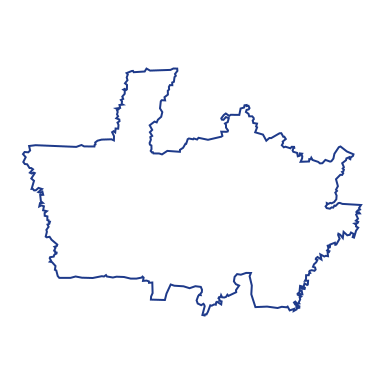 Kota Depok, Jawa Barat, Indonesia
{"feature_id": "22746128B73481124779947", "entity_name": "Kota Depok", "entity_type": "district", "adm_level": 2, "iso_a3": "IDN", "parent_name": "Indonesia", "parent_adm1": "Jawa Barat", "projection": "orthographic", "projection_center": [106.827, -6.388], "detail": "fine", "context": "isolated", "style": "outline", "palette": "blue", "viewbox_px": 384, "rotation_deg": 0, "n_neighbors": 0, "source": "geoboundaries", "source_scale": "gbopen_adm2", "svg_char_len": 6004}
<svg xmlns="http://www.w3.org/2000/svg" viewBox="0 0 384 384"><path d="M361.0,205.0L342.4,203.9L339.8,202.9L338.4,203.1L335.6,205.9L334.4,205.6L333.2,207.6L331.6,207.4L329.9,208.7L326.7,208.1L325.6,206.4L326.9,204.9L326.8,203.1L328.4,203.9L330.2,202.9L331.5,203.3L334.1,202.1L336.3,199.3L336.6,195.6L335.3,192.6L337.0,190.9L336.0,189.7L337.9,186.2L336.0,179.2L340.3,174.8L342.2,174.9L343.2,173.2L342.1,171.9L343.3,171.3L343.9,169.7L342.7,168.6L343.9,167.2L342.2,163.2L346.0,160.2L346.4,158.4L349.4,157.1L349.5,158.8L350.3,159.2L350.6,157.6L353.0,155.9L353.5,154.3L346.9,151.5L340.5,146.5L338.8,147.2L334.4,153.8L333.4,158.6L331.4,161.2L330.1,161.6L325.4,159.9L322.4,163.2L320.0,163.4L318.2,161.9L312.6,160.0L311.3,157.7L310.6,159.3L309.3,159.1L309.0,161.5L300.6,161.8L302.1,158.4L302.3,156.2L301.4,155.0L302.1,153.7L299.8,153.4L299.6,155.8L297.8,156.3L297.1,152.9L293.3,151.8L292.6,150.5L293.3,148.3L294.3,147.9L294.1,146.9L291.7,146.8L290.4,148.3L285.4,146.7L283.8,147.3L281.8,145.2L283.1,143.0L282.7,141.6L285.8,139.0L284.3,136.7L283.3,136.8L281.3,133.2L279.5,133.3L271.2,138.1L269.4,138.0L266.3,140.7L263.0,134.6L255.2,132.3L257.1,127.3L256.1,126.5L257.0,123.6L253.3,123.0L252.7,120.5L253.8,119.2L253.6,117.9L252.2,116.3L249.2,116.3L248.5,113.8L245.9,112.0L246.6,109.9L248.7,109.4L249.5,108.1L248.5,105.8L246.6,106.1L246.6,105.0L244.5,105.3L244.0,107.6L240.6,108.5L239.3,114.9L230.7,114.8L229.2,115.9L225.8,113.5L223.8,115.0L221.3,118.3L221.8,119.6L223.5,119.8L225.9,117.1L228.8,118.1L227.7,122.1L225.0,123.5L226.0,124.9L226.0,127.6L228.0,130.4L227.7,131.5L226.5,131.8L221.3,131.7L222.4,135.9L221.3,136.7L208.0,139.8L198.5,137.8L197.1,139.5L193.8,138.5L193.1,139.3L188.9,138.5L187.7,139.2L186.2,143.8L185.5,143.7L183.1,147.8L180.0,149.8L179.9,151.8L167.3,150.9L162.0,154.4L159.2,153.5L153.4,153.4L152.8,152.2L151.9,152.4L150.7,150.9L151.5,149.2L151.4,145.5L149.9,144.6L149.6,143.0L150.9,139.7L150.3,137.1L152.2,135.9L149.9,132.2L152.2,129.9L149.7,125.3L154.5,121.6L156.7,122.4L157.9,119.7L161.2,116.8L162.3,112.1L160.0,108.4L160.8,101.3L161.7,100.2L165.1,100.4L164.5,97.2L167.9,94.6L167.8,90.8L169.1,89.5L168.9,86.9L169.9,85.1L172.3,85.2L172.2,82.5L173.9,81.8L174.5,77.1L175.8,75.8L175.0,74.0L177.4,70.9L177.2,68.6L173.4,68.5L170.5,69.9L150.1,70.6L146.5,68.6L144.7,71.5L133.7,72.2L133.0,70.9L131.8,71.0L126.6,73.1L127.8,74.5L126.7,77.5L127.5,80.2L125.0,83.3L127.0,84.9L126.9,89.4L126.1,90.0L124.7,88.9L123.4,89.6L124.8,90.4L124.7,93.8L122.3,96.6L123.2,98.9L120.9,100.0L122.0,101.4L121.7,104.0L122.8,104.6L119.5,105.0L120.1,107.9L116.1,108.5L118.2,109.6L117.1,110.4L117.7,112.0L117.0,114.3L118.1,116.3L116.3,118.3L119.3,119.5L119.5,121.2L117.5,122.6L118.5,124.9L118.2,128.7L115.6,128.5L115.2,132.4L113.6,131.2L112.1,132.2L114.0,136.1L113.9,140.4L111.5,139.3L101.7,139.6L97.5,140.7L95.2,142.5L95.5,144.4L94.7,144.8L94.4,146.5L84.1,146.4L81.5,145.0L76.3,146.9L35.6,145.2L29.1,146.0L30.1,150.5L28.3,152.3L24.6,152.0L23.0,154.1L25.7,157.2L23.3,162.0L24.8,164.0L27.2,164.3L29.5,168.0L31.3,168.1L33.0,169.3L29.9,172.7L31.6,173.5L33.7,172.6L34.8,173.1L31.3,178.5L34.0,180.8L31.6,188.9L32.7,188.8L34.1,190.4L35.8,190.3L38.5,187.9L42.0,189.0L38.4,192.1L40.6,192.9L42.4,191.7L43.2,194.8L40.2,195.0L40.9,201.2L42.8,202.9L40.0,203.1L39.3,206.4L41.3,205.4L43.9,206.3L43.1,210.3L46.8,211.2L44.6,213.0L44.7,215.8L47.4,216.4L47.3,220.0L48.6,220.3L48.7,221.8L49.9,221.8L49.3,223.8L47.5,224.5L48.6,226.8L46.4,229.9L46.9,231.8L45.7,236.6L46.7,237.3L49.6,236.8L51.5,239.7L57.3,244.6L56.9,245.9L54.5,246.8L55.5,247.8L54.1,250.7L55.2,251.3L55.2,252.4L56.6,252.6L56.5,253.5L54.3,254.7L53.7,256.6L50.1,257.2L49.7,258.2L51.0,260.6L49.9,261.7L52.0,262.1L55.5,266.0L54.9,269.8L56.3,270.5L57.7,276.0L59.3,277.9L70.4,277.9L75.6,276.5L81.9,277.7L92.7,278.0L101.8,276.2L104.0,276.5L106.0,275.1L106.9,276.5L112.9,277.5L116.5,276.7L124.0,277.0L130.7,278.6L136.4,278.6L141.6,277.6L142.5,276.6L143.6,277.6L143.0,280.9L146.6,280.6L148.9,281.4L149.0,282.8L152.3,282.5L152.6,293.1L151.1,296.5L150.9,299.6L164.9,300.0L166.5,293.6L170.7,284.5L174.3,285.7L183.5,286.3L189.6,288.2L195.4,286.2L200.8,286.9L202.0,289.8L201.8,292.2L200.3,293.9L200.7,295.1L199.0,294.9L198.1,296.3L196.6,300.4L197.7,303.5L201.2,305.2L203.4,303.8L204.1,304.6L204.7,306.2L202.4,315.0L204.7,315.5L205.2,314.3L206.5,314.4L207.9,311.8L210.3,305.3L211.7,305.7L214.2,304.4L215.8,304.7L216.2,302.3L217.0,301.8L221.2,304.4L221.6,301.4L219.3,300.7L219.5,299.2L218.5,298.3L219.0,297.2L220.6,296.9L221.1,295.2L222.1,297.3L224.3,297.5L226.0,296.9L227.4,294.7L228.4,295.9L236.2,292.2L236.0,290.1L239.1,285.6L235.9,284.2L233.9,281.4L234.6,276.9L237.1,274.1L240.9,274.7L246.2,272.9L250.9,273.0L249.6,276.2L251.8,285.5L251.3,294.3L255.4,307.1L267.1,306.6L277.6,308.0L281.8,306.8L286.5,307.3L287.6,306.6L289.7,310.4L294.0,308.9L293.7,311.0L296.6,309.4L296.4,306.9L297.9,308.0L299.3,307.8L299.4,306.3L295.2,304.5L294.0,302.5L295.3,301.6L297.4,303.9L299.3,303.5L298.7,302.5L300.2,299.4L299.7,297.5L301.1,296.6L297.7,294.7L297.6,293.7L299.2,292.5L300.6,294.6L302.4,294.4L301.7,290.8L299.6,291.0L300.1,285.9L302.0,286.4L301.9,288.6L304.6,289.0L304.9,287.8L303.6,286.8L304.5,283.4L307.1,285.0L307.8,284.6L308.1,280.7L305.0,280.8L306.0,279.0L306.1,275.2L308.7,275.2L309.1,273.5L310.2,273.0L309.2,271.8L309.7,270.8L311.7,270.2L314.5,270.8L315.6,269.6L315.1,267.5L313.0,266.8L314.0,264.3L316.2,262.3L317.4,260.0L315.8,259.3L315.9,258.4L317.5,257.0L321.4,259.5L320.4,254.4L324.3,256.5L325.8,255.8L328.0,256.2L327.6,252.2L328.9,252.2L329.4,251.2L327.2,250.4L328.5,248.6L327.7,245.7L328.7,245.4L329.0,246.9L329.9,247.1L330.2,244.5L334.9,242.7L335.3,244.8L336.3,244.5L339.6,238.7L338.1,234.9L338.4,233.7L340.2,234.7L342.8,238.0L343.6,231.9L347.3,235.3L349.8,234.8L351.0,232.5L353.7,234.0L352.7,237.1L354.0,237.6L356.1,230.6L358.2,227.7L356.0,226.4L356.2,224.7L354.6,223.6L357.6,223.0L358.2,221.9L355.9,220.7L358.0,218.7L356.1,214.6L357.0,213.5L359.8,213.4L359.0,212.3L357.1,212.7L356.4,212.0L357.7,210.4L360.0,209.5L359.0,208.1L361.0,205.0Z" fill="none" stroke="#1e3a8a" stroke-width="2"/></svg>